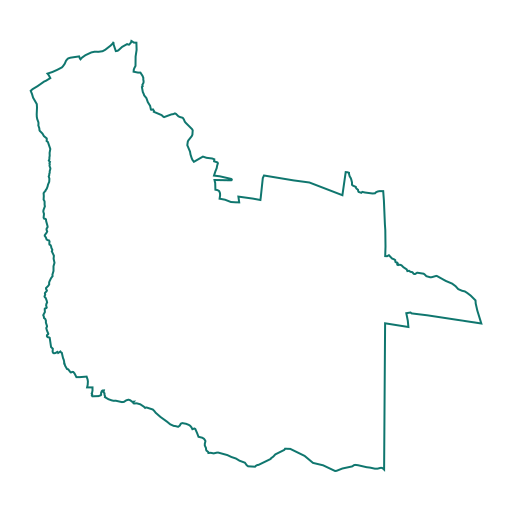 Stefanesti, Vâlcea, Romania
{"feature_id": "2599482B29956457014719", "entity_name": "Stefanesti", "entity_type": "district", "adm_level": 2, "iso_a3": "ROU", "parent_name": "Romania", "parent_adm1": "Vâlcea", "projection": "albers", "projection_center": [24.21, 44.611], "detail": "fine", "context": "isolated", "style": "outline", "palette": "teal", "viewbox_px": 512, "rotation_deg": 0, "n_neighbors": 0, "source": "geoboundaries", "source_scale": "gbopen_adm2", "svg_char_len": 5858}
<svg xmlns="http://www.w3.org/2000/svg" viewBox="0 0 512 512"><path d="M481.3,323.5L477.3,310.5L475.7,303.5L475.5,300.4L470.7,295.6L467.3,293.0L464.8,291.4L462.1,290.8L458.2,289.1L455.6,286.2L452.1,283.6L445.7,280.9L437.1,276.1L436.3,275.9L431.7,277.2L430.3,277.3L426.4,276.2L424.6,274.4L423.6,273.7L417.2,272.7L415.1,274.0L414.2,274.0L413.6,273.7L412.4,272.2L410.4,271.8L409.0,270.8L407.4,271.1L406.7,269.4L403.4,267.2L401.5,265.3L400.1,264.8L399.0,264.8L398.1,265.1L397.4,264.8L397.2,264.2L397.7,263.9L397.8,263.4L397.2,262.6L395.7,262.2L395.4,261.9L395.2,260.1L394.2,259.4L392.0,258.5L388.9,255.2L387.1,256.2L385.2,256.1L385.5,246.7L385.3,230.2L384.9,224.3L383.9,200.6L383.2,191.1L379.6,191.1L377.7,191.5L376.1,192.2L375.0,193.3L372.6,193.5L364.9,192.5L362.3,191.9L361.3,192.8L358.6,191.9L358.2,191.1L358.0,189.8L356.5,188.6L355.9,187.7L355.8,186.9L352.9,185.6L352.0,184.8L352.0,182.4L351.2,179.3L350.6,177.8L349.7,176.4L349.0,173.9L349.0,172.8L347.6,172.3L345.7,172.1L342.4,195.2L309.4,182.5L293.6,180.4L264.0,175.5L262.8,178.1L260.7,197.8L260.4,200.0L252.9,198.6L238.4,196.6L239.2,202.4L235.5,202.3L230.9,202.0L225.0,199.7L219.6,198.7L220.1,195.3L220.0,193.2L219.3,191.4L218.8,190.8L217.4,190.1L215.4,189.7L215.2,183.1L214.5,180.0L230.8,180.3L231.5,180.2L231.8,179.7L231.6,179.2L231.1,178.9L219.8,176.3L214.0,175.6L215.4,171.3L216.7,168.1L217.1,165.8L217.9,163.2L217.4,162.4L214.1,161.3L214.3,159.3L212.2,158.5L206.5,157.8L202.9,156.6L193.9,161.8L192.4,159.8L191.7,158.2L190.5,154.5L190.0,151.6L187.3,145.2L187.8,141.6L188.3,140.5L191.7,136.2L192.4,134.7L192.7,130.3L192.0,129.1L185.8,122.9L184.8,121.7L183.9,119.5L182.9,118.0L182.4,117.7L179.9,117.0L178.4,116.3L176.0,113.9L174.9,113.4L173.4,114.1L171.4,114.4L164.1,117.1L163.3,116.7L161.6,115.1L153.8,111.8L154.0,111.0L153.0,109.4L151.2,109.8L150.9,109.5L150.1,105.8L147.8,102.1L146.4,98.1L144.2,95.4L143.7,93.9L142.8,92.0L141.9,87.0L142.7,86.2L142.3,85.0L143.5,82.7L143.6,81.0L143.3,79.8L143.3,77.8L142.5,75.8L140.4,72.6L138.0,72.6L133.6,71.7L133.8,69.5L134.4,68.0L135.5,65.9L135.6,56.5L136.6,49.9L136.4,42.7L133.9,42.6L131.4,41.0L131.0,42.5L129.2,44.6L128.3,44.6L127.1,44.1L122.1,46.9L118.3,50.4L117.2,50.9L115.8,51.1L113.6,44.5L113.5,42.9L113.2,42.7L112.8,43.4L110.6,45.6L105.2,49.8L102.6,51.2L98.5,51.8L94.7,51.7L91.4,52.4L85.4,55.2L81.9,57.7L80.5,59.3L79.9,58.5L79.1,56.4L70.4,57.7L68.2,58.4L67.4,59.1L66.1,60.6L64.7,63.8L63.0,66.2L61.9,67.4L57.3,69.8L52.4,72.0L47.5,73.6L48.7,75.1L50.3,78.1L45.9,80.8L44.2,81.5L37.5,86.2L32.5,89.2L30.7,90.8L32.0,94.0L33.1,97.7L36.8,104.1L37.0,107.5L36.7,114.3L36.8,116.8L37.2,119.0L38.4,122.3L38.5,124.1L38.3,125.2L39.3,128.3L39.5,130.3L39.8,130.9L42.5,133.6L43.9,136.1L46.7,138.4L46.8,139.0L46.6,141.0L47.9,142.0L50.3,149.0L49.6,152.8L49.7,155.8L49.4,157.4L49.4,159.2L48.8,160.6L50.0,161.9L49.4,163.2L49.8,164.2L49.5,165.2L49.7,166.5L50.2,167.7L50.4,168.7L49.7,171.2L49.7,172.9L49.3,173.7L49.2,175.4L48.7,176.4L49.4,178.7L49.2,181.8L48.0,184.6L47.6,186.4L46.7,188.8L45.8,189.9L45.6,190.7L44.8,191.5L43.6,193.2L43.8,196.1L43.6,199.6L44.4,201.0L44.6,201.8L44.6,204.8L44.9,206.3L43.6,209.7L43.3,211.2L43.4,212.0L44.0,213.9L43.6,217.7L44.2,218.7L45.5,218.9L46.0,219.5L46.1,220.9L47.6,226.4L47.5,227.4L46.7,228.4L46.5,229.2L46.7,230.3L47.2,231.4L46.7,232.5L44.8,235.1L44.7,235.8L45.9,237.5L46.6,239.5L47.8,240.2L48.9,240.4L49.5,241.3L49.5,242.1L49.3,242.9L49.4,244.3L49.5,244.6L50.5,245.1L51.1,246.3L51.3,247.7L52.3,249.8L52.1,250.8L51.8,251.3L53.9,255.7L53.6,258.7L54.5,262.8L53.5,266.2L53.5,271.0L52.4,274.7L52.6,276.1L51.1,278.1L49.4,281.6L49.1,282.8L49.2,284.4L48.2,285.9L46.0,288.1L46.1,289.1L46.9,290.4L46.6,291.2L45.0,292.9L44.9,293.7L45.2,294.5L45.1,295.0L44.5,296.3L44.8,297.2L45.7,298.0L46.8,301.0L47.1,302.6L46.5,303.5L46.1,305.3L46.7,307.6L46.3,308.1L45.1,308.4L44.7,308.9L44.9,312.0L43.3,315.0L43.3,315.5L43.8,316.3L44.0,318.0L45.2,318.9L45.9,320.6L45.9,322.7L47.0,326.0L47.0,326.7L46.4,327.6L46.3,328.3L46.9,330.4L48.3,333.8L48.1,334.3L47.0,335.1L46.9,336.1L47.2,336.7L47.8,337.2L49.1,337.4L49.7,337.8L51.0,346.6L51.1,347.1L52.8,348.7L52.6,351.6L53.0,352.7L53.7,353.2L54.7,353.2L55.7,352.9L57.3,351.9L58.1,353.0L60.4,351.5L60.9,352.3L61.8,352.8L63.0,358.0L63.7,359.7L64.1,361.4L64.2,363.5L64.5,363.5L65.1,365.7L67.0,369.0L68.2,369.3L70.6,372.4L71.2,372.4L72.2,371.9L73.3,372.0L74.5,373.4L76.4,377.1L80.2,377.1L86.6,376.6L87.6,379.5L87.9,381.5L87.7,384.8L87.1,387.4L92.5,387.4L92.5,390.5L92.0,393.1L91.7,393.4L92.2,394.5L91.8,395.1L91.8,395.5L92.4,396.3L98.5,396.1L100.7,395.3L101.1,394.9L101.1,392.8L101.8,391.1L102.5,390.5L103.9,390.4L103.5,392.2L104.5,393.3L104.5,394.9L105.1,396.3L104.9,397.1L108.4,399.2L111.8,400.4L113.7,400.8L115.7,400.7L121.9,402.1L123.9,401.9L126.3,400.3L128.5,399.7L130.3,400.3L132.2,401.8L133.6,401.7L133.0,402.3L133.5,403.3L134.1,403.5L136.7,403.3L140.3,404.3L143.9,406.7L145.1,407.9L145.5,407.6L146.6,407.5L152.8,409.5L154.3,411.0L155.7,412.8L160.5,417.0L167.3,421.9L170.2,424.3L173.7,425.9L175.5,426.1L178.1,426.8L179.7,425.7L180.8,423.7L182.3,423.1L186.1,423.8L188.8,424.9L190.2,425.8L191.5,427.4L192.4,429.2L194.4,428.5L195.3,429.0L197.1,433.1L198.5,436.8L202.2,437.7L204.0,438.8L205.3,440.7L205.4,441.3L204.8,443.8L204.8,445.5L206.0,448.1L206.1,449.6L206.4,450.5L208.2,452.0L208.4,453.0L210.7,452.8L213.7,453.4L217.0,452.6L218.3,452.6L227.4,455.1L231.4,457.0L235.9,458.5L239.5,460.7L244.9,462.7L246.7,465.2L248.1,466.3L255.0,466.7L255.9,465.8L257.4,465.0L258.5,464.9L270.6,459.0L271.1,458.2L273.3,456.6L275.3,454.4L284.3,449.9L285.1,448.7L290.3,448.9L304.6,455.9L313.0,462.9L323.1,465.3L335.1,471.0L336.6,470.8L342.4,468.5L352.2,466.4L354.1,465.1L355.3,464.9L357.9,465.2L366.6,467.2L370.0,467.6L375.0,468.7L377.4,468.7L380.4,467.9L381.9,467.9L382.6,468.2L384.1,469.6L385.1,323.3L408.4,327.0L407.8,320.7L406.3,313.2L410.5,312.5L411.6,313.4L427.3,315.3L481.3,323.5Z" fill="none" stroke="#0f766e" stroke-width="2"/></svg>